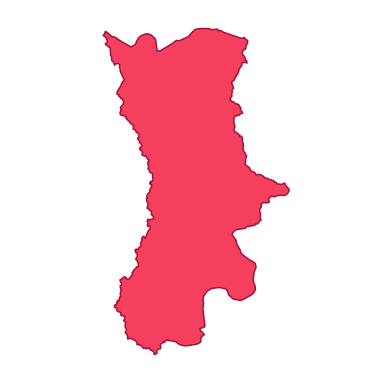 outline of Chong-Alay, Osh, Kyrgyzstan, rotated 273°
{"feature_id": "92254566B65536554507768", "entity_name": "Chong-Alay", "entity_type": "district", "adm_level": 2, "iso_a3": "KGZ", "parent_name": "Kyrgyzstan", "parent_adm1": "Osh", "projection": "robinson", "projection_center": [72.267, 39.516], "detail": "fine", "context": "isolated", "style": "filled", "palette": "rose", "viewbox_px": 384, "rotation_deg": 273, "n_neighbors": 0, "source": "geoboundaries", "source_scale": "gbopen_adm2", "svg_char_len": 6030}
<svg xmlns="http://www.w3.org/2000/svg" viewBox="0 0 384 384"><g transform="rotate(273 192 192)"><path d="M36.8,145.1L37.1,145.9L37.0,146.7L36.2,147.3L36.4,148.8L35.4,150.0L34.2,150.6L33.3,151.9L33.9,152.8L33.0,154.7L34.2,157.3L33.1,157.7L32.5,158.4L31.5,160.0L31.3,161.0L30.3,161.9L29.1,162.7L27.9,162.7L28.0,163.8L28.3,164.3L28.9,164.5L29.0,165.4L31.5,165.2L32.1,165.5L33.6,167.3L33.7,168.5L35.4,169.0L37.1,168.3L38.1,168.5L39.4,169.9L39.9,171.0L40.8,171.4L40.4,172.2L42.4,173.7L42.5,174.6L43.2,175.3L42.4,176.4L42.2,180.4L41.4,183.9L39.1,187.4L38.1,191.5L38.2,195.2L40.2,204.4L41.9,207.8L43.2,208.7L46.7,208.5L48.4,209.5L49.6,211.3L50.5,211.6L51.0,211.4L51.9,209.9L53.1,209.1L53.7,207.9L56.1,207.1L57.5,211.0L58.7,212.0L75.7,209.0L81.1,209.4L85.5,208.7L88.2,208.9L94.1,212.6L96.7,216.8L98.1,224.0L97.2,230.2L96.3,231.8L91.0,234.2L87.3,238.7L86.2,246.2L88.1,250.0L92.5,256.8L94.9,259.1L97.6,260.4L101.3,260.0L105.4,258.1L107.7,257.7L115.4,258.3L120.1,259.9L122.7,259.3L124.5,258.5L127.5,252.6L130.5,247.9L133.6,244.1L136.6,243.2L142.2,239.5L146.1,238.6L151.5,234.2L153.2,234.7L155.0,236.1L156.8,238.3L158.4,246.7L160.8,249.5L160.9,250.1L160.4,251.1L161.7,253.1L161.4,254.1L162.5,256.8L163.5,257.4L163.4,258.3L163.7,259.1L165.1,260.4L166.0,260.4L167.6,262.4L170.1,261.5L174.6,261.6L175.2,260.8L178.7,260.4L179.1,261.2L180.5,262.0L183.4,261.5L184.8,263.3L185.3,264.6L185.3,265.3L184.8,266.1L185.2,266.7L185.3,268.5L185.9,269.6L188.4,269.0L189.8,269.4L192.2,271.6L191.3,274.3L192.5,276.7L193.5,280.2L193.2,283.6L193.5,285.2L195.5,287.6L198.0,288.8L199.8,288.8L203.6,285.1L205.8,284.1L204.3,281.1L204.5,276.9L205.9,275.8L205.9,274.0L207.1,273.6L208.3,270.5L208.4,269.1L209.7,266.4L209.4,266.0L209.9,264.1L211.0,263.0L212.8,260.0L212.7,259.4L213.2,257.4L212.4,255.8L212.4,255.1L214.4,253.9L215.1,252.8L216.2,249.8L219.5,247.9L219.7,247.0L220.7,246.2L221.1,245.1L222.3,243.9L223.5,243.6L226.3,244.1L227.9,243.7L230.8,244.7L232.1,243.6L233.5,243.2L235.7,241.2L239.0,240.6L240.8,241.1L241.7,240.7L242.6,240.9L243.4,240.7L244.3,239.8L248.2,239.4L250.0,238.8L250.3,236.9L251.4,236.7L251.3,236.3L252.5,235.2L252.8,234.2L253.8,233.6L253.8,231.9L257.0,230.4L259.0,231.4L261.8,231.0L263.9,230.1L268.8,230.2L270.0,230.9L270.2,232.3L271.4,234.0L271.1,235.0L272.9,236.6L273.2,238.1L274.0,238.4L276.7,236.1L278.8,236.3L280.1,234.8L281.5,234.3L282.1,233.3L282.5,230.4L283.9,229.4L284.5,227.6L284.4,226.9L284.8,226.3L285.2,225.9L286.0,226.0L286.3,225.7L286.1,225.3L286.5,225.0L287.9,225.4L289.1,226.5L289.9,226.8L292.3,226.6L294.0,227.0L295.5,226.5L297.9,228.1L302.4,226.2L304.1,226.0L305.9,228.3L308.7,229.3L309.9,230.2L311.0,230.0L311.8,231.4L314.3,231.9L315.2,232.5L316.9,232.4L320.4,234.8L323.8,235.5L324.2,237.9L323.8,240.1L325.7,239.8L327.3,238.4L329.2,237.8L331.1,236.5L331.4,235.7L333.4,234.8L334.4,235.3L335.4,235.2L337.4,237.2L337.5,237.8L338.7,238.3L341.0,238.3L343.5,239.8L345.0,239.4L346.1,239.7L347.7,237.2L349.0,236.1L348.1,234.2L348.4,231.8L353.3,214.7L354.9,212.2L354.1,209.8L356.0,209.0L355.2,203.2L356.1,199.9L355.8,193.7L354.9,187.4L352.4,184.5L347.0,180.2L342.5,171.7L342.5,168.4L338.9,164.1L331.1,152.5L331.2,149.8L342.7,147.6L346.3,143.5L347.6,140.1L347.4,137.4L345.8,133.6L344.7,132.2L343.0,130.5L339.8,128.9L336.7,127.9L335.0,125.8L333.7,123.5L339.9,111.1L342.2,107.9L343.5,103.2L346.0,100.2L347.7,97.5L347.2,96.7L345.9,96.8L344.0,95.2L343.6,95.2L342.5,97.0L340.2,98.9L338.8,99.5L336.9,99.5L335.9,98.0L335.0,97.8L331.5,102.8L324.1,103.5L323.5,104.2L322.0,104.8L319.8,104.6L318.3,105.8L318.1,106.4L314.8,108.1L315.9,109.1L316.5,110.8L315.9,112.5L315.0,113.3L312.6,113.0L311.0,113.9L308.8,114.0L302.2,117.4L301.0,118.5L300.0,118.5L298.5,116.8L297.7,116.9L296.2,115.7L294.5,115.6L293.8,114.9L293.0,114.9L291.9,113.9L287.9,111.9L286.1,111.8L285.4,112.8L285.3,114.0L283.9,113.9L283.0,115.3L281.6,116.2L281.3,117.6L279.6,118.4L279.1,119.1L276.3,118.7L272.8,116.1L271.1,116.6L268.6,116.6L268.0,116.0L265.9,116.2L265.1,116.9L264.6,119.9L263.4,122.6L261.8,122.4L258.7,126.1L257.9,126.3L257.0,127.3L255.3,130.2L252.4,129.9L251.4,130.3L251.2,132.0L248.4,133.5L248.3,134.7L246.3,136.0L245.2,136.2L243.8,135.7L242.7,134.8L241.5,135.3L240.7,136.6L239.4,137.1L238.4,136.9L238.2,138.4L235.0,139.4L233.1,137.3L231.9,137.6L231.0,138.3L230.9,139.3L229.3,140.4L228.6,140.5L227.0,140.0L226.1,140.7L225.4,142.7L225.9,144.0L224.5,144.5L223.9,145.4L223.0,145.6L221.5,147.6L219.6,146.3L218.1,146.7L217.3,146.3L216.3,147.0L214.4,147.3L212.9,146.8L211.7,148.2L209.9,148.5L208.8,150.0L208.7,151.6L208.4,151.9L206.3,151.6L201.9,152.5L200.5,151.1L199.3,150.6L200.1,149.9L198.6,149.3L197.5,149.9L196.9,151.3L194.4,151.2L194.1,150.6L191.5,149.6L190.9,150.0L189.0,149.4L188.5,148.4L185.9,147.1L184.2,147.6L183.3,146.7L182.5,147.3L180.7,147.1L178.5,148.5L176.2,148.7L174.1,148.0L173.3,148.1L173.2,149.0L172.6,149.4L172.7,149.7L171.0,151.2L170.9,152.4L168.3,152.8L167.6,152.4L164.6,155.4L163.4,154.9L162.6,153.3L162.5,151.8L161.7,151.3L162.5,149.7L160.7,148.6L158.2,150.0L156.6,149.0L155.3,149.6L155.7,151.8L154.1,152.3L149.8,149.9L143.5,147.7L145.0,146.3L145.2,145.6L143.5,144.4L142.3,144.2L141.4,144.6L138.1,143.3L135.7,144.0L134.8,143.5L134.2,142.4L133.0,141.5L131.8,141.5L132.0,139.1L130.9,138.1L129.7,139.2L129.1,138.7L128.5,138.9L128.0,140.4L124.7,140.6L121.9,139.3L119.6,141.3L115.9,142.5L114.2,141.5L114.2,140.4L112.2,139.7L111.5,138.3L108.0,136.4L105.6,136.6L105.1,135.8L102.1,133.9L101.3,131.3L101.8,130.8L103.2,130.7L103.8,129.2L103.2,127.8L101.3,126.3L101.1,125.2L100.3,124.7L98.0,125.5L97.4,126.6L95.6,126.4L94.4,125.1L89.5,126.3L86.6,125.6L83.8,126.3L83.2,125.2L79.9,124.9L80.0,123.6L78.9,123.7L78.2,122.6L75.6,122.6L75.1,120.8L74.5,120.5L73.1,120.5L72.5,121.4L72.2,122.6L69.1,123.5L68.4,125.2L68.4,126.0L67.6,127.3L65.7,127.3L64.7,128.0L65.1,129.2L64.4,131.1L63.9,130.8L61.6,131.6L60.4,130.6L59.8,130.6L58.5,132.3L58.6,132.8L55.8,132.1L54.1,132.2L51.2,133.8L48.0,132.7L46.3,134.5L43.9,135.4L42.7,135.2L41.8,135.8L42.7,137.8L42.1,139.2L42.1,140.2L40.9,142.6L39.2,144.8L36.8,145.1Z" fill="#f43f5e" stroke="#9f1239" stroke-width="1.5"/></g></svg>